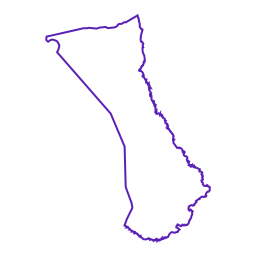 Mbadjini Est, Andjazîdja, Comoros (Mercator projection)
{"feature_id": "10938185B84550121750878", "entity_name": "Mbadjini Est", "entity_type": "district", "adm_level": 2, "iso_a3": "COM", "parent_name": "Comoros", "parent_adm1": "Andjazîdja", "projection": "mercator", "projection_center": [43.472, -11.838], "detail": "fine", "context": "isolated", "style": "outline", "palette": "violet", "viewbox_px": 256, "rotation_deg": 0, "n_neighbors": 0, "source": "geoboundaries", "source_scale": "gbopen_adm2", "svg_char_len": 5960}
<svg xmlns="http://www.w3.org/2000/svg" viewBox="0 0 256 256"><path d="M57.1,52.2L110.7,113.6L124.6,146.5L125.7,187.0L131.5,202.8L132.4,207.8L126.8,219.2L124.5,225.6L126.4,226.2L126.9,226.7L126.5,227.3L127.0,227.2L126.8,227.5L127.6,227.5L128.6,228.0L130.0,229.3L129.8,229.5L130.4,229.5L131.2,230.8L132.0,230.9L132.2,231.1L132.0,231.6L132.9,231.4L133.5,231.7L133.8,232.3L134.2,231.7L134.4,231.8L134.3,232.5L135.0,232.4L134.9,233.1L135.5,232.8L135.7,233.1L136.0,233.1L136.4,233.5L136.9,233.5L136.9,233.9L137.9,234.3L138.0,234.9L139.1,235.8L139.4,235.7L139.4,236.3L140.0,236.1L140.3,236.8L140.8,236.4L141.0,237.2L142.8,238.5L143.1,239.0L144.1,239.3L146.3,239.3L146.9,239.2L147.6,238.6L148.7,238.3L149.0,239.0L149.8,239.4L149.9,239.8L150.2,239.7L150.3,239.2L150.6,239.4L150.9,239.3L151.0,239.6L152.1,239.6L153.0,240.3L153.3,240.2L153.4,240.5L153.7,240.1L154.4,240.3L155.1,239.7L155.4,239.8L156.0,239.0L156.6,238.8L157.3,239.6L156.6,240.2L157.4,240.1L157.4,240.5L157.8,240.0L158.1,240.5L158.9,240.6L159.8,240.3L159.5,239.6L161.0,239.5L161.5,238.7L161.5,238.2L161.8,237.9L161.8,238.7L161.2,239.9L161.7,239.3L163.0,239.0L164.0,238.3L164.8,238.3L165.3,237.8L164.0,237.9L164.1,237.6L164.7,237.7L165.1,237.2L166.2,237.7L166.5,237.3L167.0,237.4L168.0,236.9L168.5,236.3L168.9,234.8L170.2,233.2L171.8,232.1L174.8,232.8L176.5,232.0L177.2,232.2L178.1,231.4L178.2,230.7L179.5,229.5L178.8,229.2L178.5,228.6L177.8,228.1L176.3,227.4L176.4,226.1L177.1,225.5L177.4,224.6L177.7,224.4L178.2,225.1L178.6,225.3L179.1,225.2L179.9,225.7L180.7,225.6L180.8,226.1L181.0,226.2L182.1,225.5L182.5,224.7L183.1,224.7L183.9,225.4L184.9,224.7L185.3,225.3L187.1,224.9L187.1,224.6L187.8,224.3L188.6,223.3L189.4,220.3L190.0,220.0L190.4,218.7L191.1,218.0L191.5,215.7L192.2,214.6L192.1,212.2L192.7,211.5L190.7,209.5L190.2,209.5L189.7,209.9L189.6,210.6L188.7,210.0L188.4,208.4L188.9,206.4L189.5,206.4L190.0,205.7L191.9,205.0L192.9,205.7L194.0,205.3L194.1,204.6L194.4,204.7L195.2,203.2L196.5,202.1L195.9,201.1L198.6,199.1L199.3,199.2L199.6,199.0L199.5,198.3L201.9,196.7L202.7,196.6L203.6,197.0L205.9,196.6L206.3,195.9L205.5,195.3L206.3,193.1L207.6,191.6L208.6,191.7L209.7,190.5L209.8,187.3L209.4,186.8L209.1,186.9L208.0,186.2L207.6,186.2L207.4,185.2L206.7,185.2L206.1,186.0L204.0,185.8L202.9,184.4L202.8,182.7L201.7,181.8L201.4,180.6L201.7,180.2L202.1,180.3L202.8,179.8L202.8,178.2L202.1,177.7L202.3,176.3L202.8,176.1L202.7,175.6L202.1,175.7L201.4,174.0L202.2,173.4L202.3,172.8L202.0,172.2L200.8,171.5L200.2,171.3L199.5,171.5L199.3,171.0L199.4,170.0L199.8,169.3L196.7,167.9L194.1,167.3L194.0,167.0L194.3,166.7L193.7,166.6L193.8,166.0L193.1,166.4L192.9,165.7L192.2,165.8L192.2,165.2L191.7,165.8L191.6,165.0L191.0,165.0L191.0,165.5L190.5,165.5L190.3,165.9L190.1,165.5L189.6,165.6L188.7,165.2L188.8,163.9L188.5,163.3L188.9,162.9L188.7,162.1L189.0,161.6L188.4,161.4L187.7,161.8L187.4,161.4L187.7,160.9L187.3,160.9L186.8,159.5L187.2,159.0L187.3,157.2L186.0,156.2L185.3,156.3L183.8,155.2L183.6,153.0L183.8,152.9L184.0,153.4L184.6,152.7L184.5,151.7L183.7,151.2L182.7,151.8L182.2,149.4L180.8,148.1L179.5,147.6L179.2,147.7L179.1,148.1L178.6,148.2L177.9,147.6L176.8,147.7L176.1,146.4L175.3,145.5L175.3,145.2L173.6,143.2L173.2,141.0L173.7,140.3L173.2,140.4L172.9,140.0L173.1,138.8L173.4,138.6L173.2,137.4L173.5,137.4L173.6,135.8L172.9,134.5L172.3,134.2L172.4,133.7L171.9,133.1L171.2,132.2L170.8,132.2L170.8,131.9L170.1,131.2L170.1,130.6L169.6,130.4L169.1,129.6L168.5,129.2L168.8,128.8L168.6,128.5L168.0,128.6L167.9,127.7L167.4,127.8L167.7,127.3L167.2,127.1L167.6,126.8L167.5,126.0L167.8,125.8L167.5,125.6L167.4,125.1L166.9,124.8L167.4,124.2L167.0,123.8L166.7,124.3L166.8,123.6L165.4,122.9L165.1,121.6L165.8,120.8L164.9,120.3L165.1,119.9L164.6,118.6L163.1,117.9L162.7,117.3L162.8,116.7L161.6,116.3L161.3,115.6L162.0,115.0L161.8,114.8L160.8,114.9L160.9,114.2L160.5,113.9L160.1,113.9L160.1,113.6L159.7,114.3L159.6,113.7L158.4,113.3L157.6,113.5L157.3,113.9L156.7,113.8L156.5,113.3L156.2,113.5L155.8,112.8L155.3,112.3L155.3,111.7L156.3,111.1L155.7,110.7L156.1,110.0L155.7,110.1L155.7,109.6L155.4,109.2L155.6,108.6L155.4,108.3L155.3,107.6L155.5,106.0L154.9,106.0L155.4,105.1L154.6,105.1L154.7,104.4L154.1,104.4L153.7,103.5L153.9,103.1L154.2,103.1L154.0,102.6L153.5,102.5L153.5,102.2L153.3,102.2L153.5,101.6L153.9,101.2L153.3,100.8L152.9,101.3L152.4,101.0L152.4,100.7L152.1,100.7L151.8,100.1L151.4,99.0L151.6,97.3L151.3,96.9L151.4,96.5L150.6,96.5L150.2,96.1L150.1,94.9L150.9,94.8L150.7,94.4L151.0,94.5L151.1,93.9L150.9,93.9L150.9,93.0L150.5,92.0L149.4,90.4L149.0,88.8L149.0,88.3L149.5,88.3L149.0,88.0L148.9,87.5L149.7,87.4L149.4,87.2L149.2,86.7L149.5,86.4L149.2,86.2L149.4,85.5L148.4,85.2L148.9,84.1L148.0,83.8L148.2,83.4L147.8,83.6L147.6,83.0L146.7,82.8L146.9,82.6L146.5,82.3L146.7,82.0L146.2,81.6L146.4,81.3L145.9,80.8L146.0,80.5L145.7,80.1L146.2,79.5L145.1,79.3L143.8,77.0L143.0,76.7L143.4,76.1L142.6,76.1L142.6,75.7L143.3,75.0L143.4,74.4L143.2,73.6L142.4,72.2L141.0,71.0L139.7,71.0L139.1,70.6L139.4,69.4L140.6,68.8L141.1,68.2L141.1,67.5L141.4,67.2L141.3,66.8L141.8,66.0L142.3,66.0L143.0,65.4L143.0,64.9L143.3,64.7L143.4,63.9L143.8,63.3L143.8,62.4L144.2,62.1L143.9,62.0L144.4,61.5L144.2,61.1L144.7,60.7L144.8,59.9L144.3,55.6L143.5,54.2L142.5,50.8L142.6,47.9L142.9,47.6L142.6,47.5L143.0,46.5L142.6,45.1L143.3,43.7L142.9,43.3L142.7,42.5L141.9,42.2L141.8,41.9L141.6,42.0L140.9,41.4L140.6,39.5L140.9,35.7L142.4,30.3L142.3,30.1L142.5,29.7L142.0,29.4L141.6,28.8L141.2,28.9L141.1,28.4L139.9,27.3L139.7,26.5L139.8,24.0L139.1,21.7L139.1,20.8L138.8,20.7L138.8,19.2L138.3,18.5L138.5,18.1L137.9,17.1L137.6,15.4L125.7,22.4L124.7,22.2L123.4,22.7L121.3,24.0L119.7,23.8L118.9,24.1L117.9,24.8L117.2,26.0L115.9,26.9L113.9,27.5L107.7,28.1L105.7,27.0L105.0,27.0L101.9,27.4L100.3,27.4L96.5,28.6L88.7,27.8L86.5,28.3L83.7,28.2L46.6,36.6L46.2,39.2L46.4,40.0L47.0,40.9L47.9,41.5L48.3,41.6L48.8,41.4L49.8,40.4L52.0,39.6L53.2,39.7L56.3,40.8L57.5,41.8L59.1,44.8L59.3,46.4L58.4,49.4L57.1,52.2Z" fill="none" stroke="#5b21b6" stroke-width="2"/></svg>